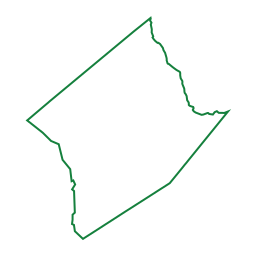 outline of Anderson, South Carolina, United States of America, rotated 178°
{"feature_id": "52423323B54252786462612", "entity_name": "Anderson", "entity_type": "district", "adm_level": 2, "iso_a3": "USA", "parent_name": "United States of America", "parent_adm1": "South Carolina", "projection": "albers", "projection_center": [-82.736, 34.515], "detail": "fine", "context": "isolated", "style": "outline", "palette": "green", "viewbox_px": 256, "rotation_deg": 178, "n_neighbors": 0, "source": "geoboundaries", "source_scale": "gbopen_adm2", "svg_char_len": 1302}
<svg xmlns="http://www.w3.org/2000/svg" viewBox="0 0 256 256"><g transform="rotate(178 128 128)"><path d="M176.9,18.8L164.7,26.0L133.2,44.8L121.3,51.8L88.2,71.4L74.8,86.7L72.6,89.3L71.2,90.8L68.2,94.3L27.5,141.0L31.2,139.7L36.8,140.0L38.6,141.7L40.8,140.8L42.7,138.5L46.4,139.2L47.2,140.1L48.0,140.2L52.3,138.8L54.0,138.6L59.9,141.1L61.7,142.4L62.6,143.8L62.2,144.7L61.9,145.0L61.8,145.8L62.1,146.7L65.1,147.8L66.0,148.4L66.4,148.9L66.4,151.0L66.6,151.6L67.9,153.7L68.3,157.9L69.2,159.9L70.0,160.9L70.3,162.1L70.4,165.2L70.6,165.9L72.0,169.6L72.2,170.5L72.0,172.2L72.1,173.1L73.6,175.8L74.0,178.9L73.9,180.6L74.0,181.7L74.4,182.4L77.5,184.3L79.8,186.1L81.5,187.5L85.0,190.6L85.8,190.8L86.2,191.2L87.0,194.3L86.9,195.6L87.1,197.0L88.3,201.8L89.8,204.5L90.3,206.7L92.2,209.6L93.0,210.8L94.7,212.1L95.4,212.0L95.7,212.2L97.8,214.1L99.3,216.0L100.3,217.6L99.7,218.4L99.6,218.7L101.0,222.6L100.8,225.3L100.8,226.0L101.6,230.6L101.2,231.6L100.9,232.5L102.1,234.4L102.1,234.9L101.5,236.5L101.6,237.2L119.0,224.2L205.5,157.3L206.8,156.2L210.0,153.7L228.5,139.1L213.3,126.2L205.3,117.7L197.8,114.2L194.5,98.5L187.2,88.9L186.2,76.8L184.5,77.5L182.8,73.4L186.0,68.6L184.1,66.9L184.1,45.3L186.4,43.3L186.6,38.2L187.3,34.0L185.4,33.0L184.7,26.7L176.9,18.8Z" fill="none" stroke="#15803d" stroke-width="2"/></g></svg>